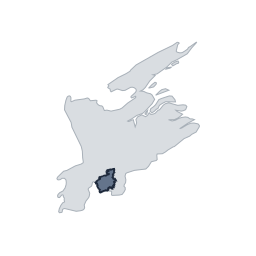 location of Naogaon, Rajshahi, Bangladesh, rotated 246°
{"feature_id": "16705992B34203284467157", "entity_name": "Naogaon", "entity_type": "district", "adm_level": 2, "iso_a3": "BGD", "parent_name": "Bangladesh", "parent_adm1": "Rajshahi", "projection": "equal_earth", "projection_center": [88.84, 24.873], "detail": "fine", "context": "in_parent", "style": "filled", "palette": "slate", "viewbox_px": 256, "rotation_deg": 246, "n_neighbors": 0, "source": "geoboundaries", "source_scale": "gbopen_adm2", "svg_char_len": 7694}
<svg xmlns="http://www.w3.org/2000/svg" viewBox="0 0 256 256"><g transform="rotate(246 128 128)"><path d="M95.5,181.1L95.5,174.9L92.2,162.8L92.4,161.5L91.7,155.7L90.9,152.5L90.5,149.0L92.4,144.1L91.6,143.3L87.3,141.8L86.8,140.5L87.7,135.7L84.6,131.1L83.3,127.6L86.7,116.6L87.5,108.9L87.3,107.4L85.2,105.7L81.6,105.0L79.1,103.6L77.6,101.4L76.3,100.6L74.8,101.2L72.8,100.4L71.1,98.2L69.7,95.6L70.3,92.7L72.9,86.0L73.9,85.8L76.2,87.1L77.0,87.1L78.5,84.4L80.6,76.8L87.9,77.4L89.6,77.2L91.4,76.6L92.4,75.6L93.0,74.4L92.8,73.4L90.6,71.9L89.7,70.9L89.1,67.8L88.4,66.7L84.0,66.5L81.8,65.1L80.5,63.9L78.3,59.8L75.5,56.7L72.9,56.0L71.9,55.0L71.4,53.4L71.7,51.1L73.0,46.8L80.2,37.4L80.4,36.3L80.2,35.1L78.0,33.6L77.9,32.9L78.5,30.9L79.7,30.6L82.2,32.4L84.7,35.3L86.2,37.9L86.3,40.0L88.2,40.4L89.9,41.3L91.6,41.0L92.7,41.5L93.4,41.3L93.7,40.1L92.3,37.2L93.0,35.9L94.6,36.0L95.8,37.1L96.7,39.4L96.9,42.9L98.8,46.1L101.4,48.4L103.4,49.5L105.8,50.2L107.9,49.5L108.9,47.3L108.4,45.3L108.8,43.5L109.6,42.5L110.9,42.6L111.9,44.0L114.7,51.6L114.1,55.0L114.8,64.4L114.1,70.5L114.5,72.9L115.0,73.3L119.3,74.5L125.5,76.9L130.2,77.8L151.5,77.1L156.2,78.3L170.4,77.4L174.3,79.4L178.6,82.6L181.0,85.0L181.4,86.3L181.2,87.5L180.4,88.2L178.9,88.2L175.6,86.6L175.0,87.1L175.0,90.8L172.3,100.1L172.0,103.0L171.0,104.1L168.2,104.7L166.4,110.1L165.6,110.8L163.8,109.6L162.6,109.8L161.2,110.3L159.7,111.5L158.8,113.1L157.6,113.6L153.6,113.5L152.9,116.0L150.3,119.4L148.5,128.1L148.7,130.8L150.9,137.8L152.5,146.9L153.1,147.8L153.9,147.9L153.9,143.7L154.6,143.2L155.6,143.6L157.5,149.3L158.6,150.7L160.2,151.1L162.1,150.2L163.5,148.6L164.1,146.8L163.6,140.7L164.4,138.2L167.7,134.5L168.1,133.4L167.9,127.3L169.1,127.0L170.7,127.5L172.8,126.1L173.4,126.0L174.3,127.6L175.8,127.3L178.1,139.5L178.4,148.0L179.0,152.8L179.8,153.9L182.3,161.0L184.8,186.3L185.3,202.3L186.3,207.8L185.5,209.0L184.7,209.3L183.9,207.3L178.6,203.3L177.3,203.7L175.5,206.0L174.8,208.2L175.2,211.3L175.8,214.4L177.0,216.1L177.1,218.1L178.6,225.3L178.2,225.4L175.3,218.8L171.7,212.3L170.5,200.7L170.4,194.9L167.9,188.2L165.6,176.5L166.5,172.4L164.9,174.2L162.2,167.1L158.0,160.3L156.8,157.2L156.7,154.3L155.0,157.3L152.6,159.3L150.1,162.5L148.5,163.4L143.3,164.0L140.3,159.8L136.0,149.5L135.4,147.2L135.9,141.2L134.9,135.5L134.5,130.4L133.8,130.9L133.5,132.3L133.7,134.4L133.4,136.2L126.1,135.0L129.2,138.0L132.5,138.7L134.3,141.4L134.4,145.9L131.2,148.6L131.5,150.8L133.3,153.6L131.1,154.4L130.5,156.2L130.4,158.8L132.0,162.7L131.8,164.3L134.5,169.5L135.0,172.0L134.4,175.5L128.5,182.6L126.8,187.7L125.4,190.0L123.6,190.5L121.3,188.1L121.3,185.6L121.7,183.6L124.8,178.9L123.1,179.6L118.4,183.5L117.4,180.3L116.8,177.4L116.8,173.8L119.1,168.4L116.5,171.1L115.8,174.4L116.1,178.4L115.8,181.2L114.8,184.8L113.4,187.0L111.1,188.4L110.1,190.5L108.6,192.1L108.1,184.8L106.4,174.9L106.1,177.0L106.9,183.2L106.9,187.1L105.7,190.3L103.2,193.7L101.3,194.2L100.2,193.7L96.6,188.6L96.3,183.7L95.5,181.1ZM139.2,181.2L134.8,182.4L132.5,182.0L136.7,173.1L136.5,169.2L135.9,165.9L133.7,163.3L133.6,161.5L132.6,158.9L132.1,156.0L134.5,155.0L136.4,156.7L137.1,160.1L138.0,162.6L141.4,167.8L141.3,171.0L140.5,178.8L139.2,181.2ZM148.6,178.3L145.9,180.7L146.7,166.6L148.7,171.9L149.3,174.6L148.6,178.3ZM158.8,171.3L157.6,172.3L156.5,171.4L155.1,168.1L155.8,164.0L156.2,163.4L157.9,167.6L158.8,171.3ZM168.9,200.9L167.4,201.1L166.6,200.1L167.0,198.7L166.5,194.1L168.5,193.7L169.2,197.5L168.9,200.9ZM167.1,188.2L166.0,192.7L165.6,190.7L166.3,186.7L167.1,188.2ZM135.6,151.6L136.1,153.1L133.6,151.2L132.9,149.9L134.0,149.2L135.6,151.6Z" fill="#d9dde1" stroke="#a8b0b8" stroke-width="1"/><path d="M93.9,87.8L94.1,87.5L93.9,87.4L94.0,87.2L94.4,86.5L94.2,86.1L94.3,85.4L94.2,84.7L94.3,84.5L94.3,84.1L94.2,84.0L94.3,83.8L94.5,83.7L94.4,83.4L94.5,83.0L94.4,82.8L94.5,82.7L94.6,82.8L94.6,82.5L94.4,82.4L94.7,82.2L94.4,82.0L94.4,81.9L94.6,81.5L94.2,81.4L94.1,81.6L93.8,81.5L93.7,81.2L93.6,81.3L93.0,81.2L93.1,81.5L93.0,81.9L93.1,82.1L92.9,82.0L92.9,81.8L92.7,81.7L92.8,81.4L92.8,81.2L92.6,81.2L92.5,80.7L92.7,79.8L92.7,79.3L92.2,78.7L92.4,78.4L92.2,78.2L92.3,78.0L92.3,77.8L92.3,77.6L92.0,77.5L92.0,77.1L91.8,77.1L91.4,76.9L91.4,77.1L91.1,77.1L91.0,76.8L91.1,76.5L90.8,76.7L90.8,76.4L90.5,76.4L90.4,76.0L90.3,75.9L90.2,76.0L89.9,76.2L89.9,76.7L89.6,76.8L89.5,77.3L89.3,77.3L88.5,77.1L88.5,76.8L88.4,76.7L88.4,77.0L88.2,76.9L87.9,77.2L88.0,77.0L87.8,77.0L87.8,76.9L87.6,76.9L87.5,76.4L87.3,76.4L87.1,76.3L87.1,76.2L86.9,76.1L86.2,76.1L86.1,76.3L85.9,76.5L85.8,76.3L85.3,76.2L85.0,76.3L84.5,76.3L84.4,76.5L84.1,76.7L84.0,76.9L83.7,77.0L83.3,77.3L83.1,77.1L83.2,76.9L83.1,76.7L82.9,76.6L82.7,76.6L82.6,76.8L82.5,76.6L81.7,76.3L81.7,76.1L81.1,76.0L80.9,76.4L81.0,76.5L80.8,76.6L80.3,76.5L80.2,76.4L80.1,76.5L80.2,76.3L80.2,76.1L80.1,76.4L80.1,76.5L80.2,76.4L80.3,76.6L80.2,76.9L80.3,77.1L80.2,77.2L80.7,77.7L80.6,78.2L80.7,78.5L80.6,78.4L80.6,78.6L80.4,78.8L80.2,78.8L80.2,79.3L80.4,79.5L80.3,80.4L80.5,80.4L80.1,81.2L80.1,81.7L80.4,81.7L80.5,81.9L80.3,82.0L80.2,82.3L80.2,82.5L80.1,82.8L79.9,82.8L79.9,82.7L79.8,82.9L79.7,82.9L79.7,83.1L79.5,83.3L79.5,83.6L79.6,83.8L79.6,84.0L79.4,84.0L79.3,83.8L79.3,84.0L79.1,84.0L79.2,84.5L79.8,84.2L80.0,84.4L80.1,84.6L80.0,84.9L80.0,85.5L80.2,85.8L80.5,85.9L80.7,85.7L80.5,85.4L81.0,85.2L81.1,85.4L81.4,85.6L81.5,86.2L81.3,86.3L81.3,86.5L81.5,87.1L81.4,87.1L81.2,87.6L81.1,88.1L81.0,88.3L80.7,87.8L80.4,87.7L80.3,87.9L80.7,88.2L80.6,88.3L80.2,88.2L80.1,88.5L79.8,88.4L79.8,88.2L79.6,88.4L79.5,88.2L79.3,88.3L79.3,88.5L79.1,88.6L79.2,88.8L78.9,88.9L78.7,89.1L79.0,89.2L79.4,88.7L79.5,88.7L79.7,88.8L79.5,89.0L79.8,89.0L80.0,89.2L80.4,88.9L80.4,89.1L80.3,89.3L80.2,89.7L79.9,90.0L79.9,90.3L79.6,90.4L79.6,90.7L79.5,90.9L79.9,90.9L80.0,90.6L80.5,90.6L80.6,90.8L80.9,90.9L80.9,91.0L81.0,91.1L81.2,90.7L81.4,90.8L81.5,90.8L81.5,91.1L81.4,91.3L81.5,91.6L81.4,91.5L81.0,91.6L81.0,91.2L80.6,91.2L80.6,91.5L80.8,91.6L80.7,92.1L80.9,92.1L81.1,92.0L81.4,92.0L81.5,91.9L82.0,92.0L81.8,92.5L82.0,92.8L82.1,92.7L82.1,92.9L82.4,92.9L82.8,93.1L83.0,93.0L83.4,93.0L83.6,93.3L83.7,93.2L83.5,93.8L83.6,94.0L84.0,93.6L84.0,93.2L84.6,93.0L84.8,93.3L84.8,94.0L84.9,94.5L84.9,94.8L84.8,95.0L84.9,95.5L85.1,95.4L84.9,95.6L85.1,95.7L85.0,95.8L85.3,95.8L85.4,95.5L85.6,95.7L85.9,95.4L86.2,95.4L86.5,95.4L86.5,95.6L86.8,95.6L86.7,95.2L86.8,95.0L86.8,94.7L86.7,94.6L86.7,94.4L87.2,94.2L87.2,94.5L87.3,94.5L87.4,94.3L87.6,94.4L87.6,93.9L87.7,93.7L88.0,93.8L87.9,93.9L88.1,94.2L88.5,94.2L89.2,93.6L89.3,93.8L89.3,94.0L89.5,94.0L89.5,94.6L89.9,94.7L90.0,94.6L90.6,94.6L90.8,94.9L91.0,95.0L91.0,95.3L91.2,95.1L91.3,95.1L91.4,95.3L91.6,95.1L91.9,95.1L92.0,95.5L92.2,95.8L92.3,95.9L92.4,96.6L92.5,96.7L92.6,97.0L92.7,96.8L93.0,97.2L93.5,97.0L94.0,97.5L94.4,97.7L94.5,97.8L94.3,98.0L94.6,98.2L94.9,97.9L95.1,98.3L95.5,98.7L95.8,98.8L96.2,98.8L96.3,98.4L96.5,98.6L96.6,98.3L96.7,98.0L96.6,97.9L96.8,97.8L96.8,97.3L96.8,97.2L96.6,96.7L96.7,96.4L96.6,96.2L96.7,95.9L96.6,95.3L96.7,95.2L96.8,95.3L97.0,95.2L97.3,94.9L97.2,94.7L97.3,94.8L97.3,94.7L97.4,94.8L97.6,94.7L97.5,94.1L97.7,93.7L97.5,93.4L97.5,93.2L97.6,92.8L97.8,92.7L97.8,92.3L98.0,92.3L98.0,91.9L97.8,91.9L97.6,92.1L97.5,91.7L97.4,91.9L97.4,92.1L97.4,92.4L97.5,92.3L97.5,92.7L97.4,92.5L97.1,92.3L97.1,92.5L96.9,92.6L96.7,92.3L96.3,92.5L96.3,92.2L96.4,92.3L96.6,92.0L96.3,91.8L96.4,91.5L96.6,91.4L96.4,91.4L96.3,91.2L96.2,91.0L96.4,90.3L96.1,90.2L96.0,90.3L95.9,90.3L95.7,90.3L95.6,90.5L95.6,90.3L95.4,90.1L95.1,90.4L94.7,90.5L94.7,90.8L94.5,91.0L94.1,90.9L94.0,91.3L93.9,91.3L93.9,91.7L93.7,91.6L93.6,91.9L93.3,91.7L93.3,91.4L93.4,91.0L93.6,90.7L93.6,90.4L93.5,90.2L93.6,89.7L93.4,89.0L93.6,89.0L93.6,88.9L93.7,89.0L93.9,89.0L93.9,88.8L93.7,88.8L93.5,88.2L93.9,87.8Z" fill="#64748b" stroke="#1e293b" stroke-width="1.5"/></g></svg>